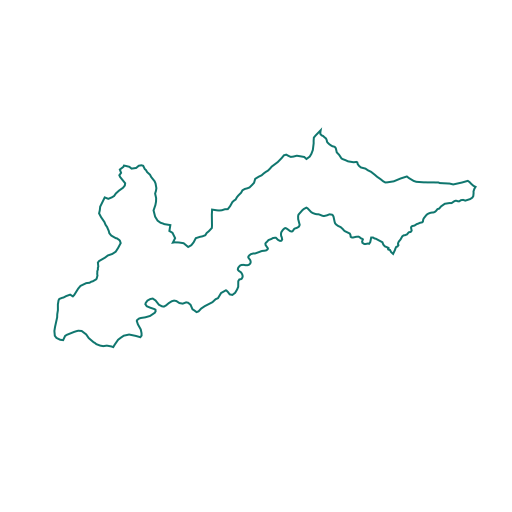 Dala, Chhukha, Bhutan (orthographic projection), rotated 119°
{"feature_id": "84629894B52773490471005", "entity_name": "Dala", "entity_type": "district", "adm_level": 2, "iso_a3": "BTN", "parent_name": "Bhutan", "parent_adm1": "Chhukha", "projection": "orthographic", "projection_center": [89.612, 26.815], "detail": "fine", "context": "isolated", "style": "outline", "palette": "teal", "viewbox_px": 512, "rotation_deg": 119, "n_neighbors": 0, "source": "geoboundaries", "source_scale": "gbopen_adm2", "svg_char_len": 6143}
<svg xmlns="http://www.w3.org/2000/svg" viewBox="0 0 512 512"><g transform="rotate(119 256 256)"><path d="M89.1,97.5L89.2,99.8L88.6,102.6L87.8,105.1L87.6,107.2L91.9,111.5L97.8,118.2L98.8,121.8L103.1,130.6L103.3,132.2L110.2,144.9L113.4,151.8L113.9,154.5L113.7,160.1L113.3,162.6L118.1,167.1L123.9,171.7L128.1,177.1L129.0,178.6L129.0,181.0L128.4,184.4L128.0,188.5L127.4,191.3L126.6,196.2L126.8,199.7L126.5,202.6L127.7,207.2L127.2,209.7L126.3,211.6L125.0,212.8L125.0,213.7L126.7,216.1L128.6,221.4L128.8,224.2L129.3,227.6L129.2,228.1L129.2,228.6L127.2,232.4L126.2,235.6L123.1,238.4L122.5,239.6L122.5,240.9L122.9,242.1L123.0,243.6L122.8,244.6L122.8,245.7L122.0,248.7L121.3,249.6L120.5,250.2L119.4,251.6L119.2,252.1L119.0,253.5L118.5,255.5L118.7,257.0L118.2,258.6L117.9,259.0L116.4,259.8L114.7,260.4L121.7,262.3L124.4,262.8L127.4,261.4L129.5,260.2L135.7,257.7L139.8,257.1L143.0,257.2L146.7,258.9L146.0,261.8L147.1,265.0L148.5,268.9L151.1,271.7L152.5,273.7L152.7,276.1L152.7,278.7L154.4,280.4L157.8,281.0L163.3,282.5L170.2,285.6L172.7,286.1L175.5,286.9L177.7,288.2L180.1,289.3L182.7,290.2L185.2,292.0L188.9,294.1L192.9,293.2L195.5,293.8L199.2,294.9L201.0,296.4L202.8,298.3L205.1,299.7L207.9,299.7L211.7,300.8L213.9,301.2L216.5,301.2L218.2,302.1L220.3,302.8L225.0,302.8L228.7,303.4L230.2,305.9L232.5,308.0L233.9,310.0L234.8,311.8L236.7,316.9L241.2,314.7L250.8,309.2L252.9,308.2L257.3,309.3L259.8,310.3L262.4,310.4L264.8,312.4L266.4,314.3L269.6,317.3L274.3,317.2L277.9,317.8L281.0,319.7L279.9,325.5L281.6,330.1L283.5,333.8L284.6,335.2L279.6,335.4L276.2,340.3L276.1,343.9L270.5,345.9L272.6,351.7L272.7,353.1L273.2,355.6L272.8,359.2L270.5,363.3L265.8,367.7L260.2,368.7L256.9,369.8L253.8,371.4L250.3,374.5L247.5,375.1L245.0,376.0L241.3,379.0L239.8,380.9L237.7,386.0L236.3,388.1L235.4,391.9L234.2,393.9L233.9,395.4L231.8,398.4L232.2,400.2L233.9,402.3L237.1,403.5L239.9,407.2L239.4,410.0L240.2,413.0L240.9,415.3L242.3,415.2L246.4,417.0L248.7,414.3L251.6,414.7L252.8,413.1L255.8,405.7L258.0,404.9L260.8,405.4L265.2,407.5L269.3,408.9L272.3,409.2L274.6,410.5L277.6,412.9L278.1,416.7L288.4,416.2L291.7,414.8L294.8,413.9L297.1,410.4L299.8,405.0L301.6,402.8L302.9,400.2L303.9,399.0L305.4,397.0L307.2,395.3L308.3,392.5L308.4,387.2L308.0,386.4L308.3,383.3L308.6,382.5L310.3,380.6L315.9,380.5L320.3,380.8L323.9,382.7L327.3,385.8L330.7,387.3L336.5,390.8L338.4,391.1L341.7,388.8L343.2,388.5L344.2,387.8L346.3,387.4L347.7,386.6L348.7,386.2L349.9,385.2L353.1,384.4L353.9,384.5L357.3,386.5L358.3,387.6L360.1,388.6L362.0,391.3L367.2,395.0L370.7,395.7L378.3,396.1L380.1,396.6L379.9,399.8L383.1,402.6L385.6,404.2L386.6,405.3L388.9,407.2L390.5,407.2L394.4,405.8L399.4,403.0L403.3,401.6L406.0,400.2L415.4,397.4L419.3,396.0L423.3,393.3L424.4,390.8L424.2,386.7L423.1,383.9L418.4,384.2L416.6,383.2L410.6,378.3L408.9,376.7L407.5,375.2L406.1,372.1L406.9,366.5L408.9,362.5L410.2,356.1L410.1,355.1L410.5,352.9L409.9,348.8L408.9,345.9L406.7,343.0L405.2,338.6L404.9,336.7L401.9,336.6L396.1,336.0L392.7,334.5L389.8,333.0L386.2,328.9L384.2,322.5L383.1,317.8L381.1,317.5L379.0,318.7L376.1,321.2L373.0,326.2L370.6,328.8L369.6,328.9L367.3,327.9L366.0,326.6L363.4,323.2L359.8,319.6L354.7,317.0L353.0,317.0L351.7,317.9L351.7,319.2L352.5,323.5L352.9,327.2L351.8,329.4L350.5,329.7L347.6,329.3L344.9,327.6L343.3,325.7L343.6,322.3L345.7,317.3L345.6,313.8L344.9,312.0L342.8,310.7L339.6,309.5L336.5,307.8L334.7,306.0L334.0,303.8L334.3,300.2L333.2,297.0L330.4,294.6L329.8,292.7L330.4,289.6L333.4,285.7L333.5,283.6L333.9,280.8L332.3,279.4L328.6,278.5L324.7,276.5L317.5,271.7L313.4,270.4L311.3,268.8L305.3,268.6L300.6,265.7L300.5,265.2L301.1,263.1L302.3,260.4L301.5,257.8L298.3,256.4L294.4,256.3L291.6,256.6L286.6,259.3L284.6,259.2L283.5,257.9L282.8,257.5L281.4,257.5L280.5,257.7L279.7,258.2L278.7,259.2L277.7,260.9L277.5,261.7L277.4,263.5L277.1,264.6L276.7,265.3L275.4,265.8L274.4,265.8L272.8,265.5L271.9,265.2L270.8,264.3L269.7,262.4L269.1,260.6L268.1,258.9L267.2,258.0L266.1,257.6L265.4,257.4L264.6,257.5L263.9,257.7L263.0,258.4L262.2,259.4L261.4,261.4L260.8,262.2L260.1,262.4L258.8,262.2L256.9,261.4L255.0,259.5L254.6,258.6L254.0,257.8L250.8,255.0L249.2,253.7L248.4,252.8L247.1,250.9L246.0,249.7L244.8,249.2L243.9,249.1L243.4,249.6L241.8,252.9L240.6,253.8L239.7,253.8L238.3,253.3L236.0,252.8L233.5,250.7L232.2,250.0L230.7,248.1L230.4,247.4L231.2,244.7L231.2,242.6L230.8,241.7L230.3,241.2L228.9,241.1L227.1,242.6L226.3,243.7L224.7,244.8L223.0,245.4L220.5,245.2L219.2,244.9L217.9,244.4L217.2,243.6L217.2,241.8L217.7,238.3L217.4,236.9L217.0,236.3L216.5,236.0L213.7,235.7L213.2,235.4L211.7,234.0L210.0,232.9L209.2,232.7L207.6,232.9L203.3,237.0L200.7,238.5L199.2,238.9L193.3,237.6L191.6,236.9L189.3,235.4L189.3,234.0L190.8,229.2L190.9,228.3L190.9,227.1L190.5,224.6L190.1,223.3L189.2,221.5L188.9,219.9L188.7,217.9L188.4,216.6L188.1,215.9L186.0,213.6L185.1,212.9L183.9,211.9L183.0,209.5L183.1,208.7L183.7,207.7L184.2,207.1L188.0,203.8L189.1,202.6L189.6,201.2L189.9,198.9L189.7,195.9L190.4,193.0L191.0,191.5L191.2,190.4L190.9,184.9L191.8,183.6L193.3,182.5L193.4,181.5L192.9,180.2L190.7,177.8L189.4,175.8L189.3,174.6L189.7,172.9L189.5,172.0L189.6,170.6L191.9,170.2L192.9,169.3L193.0,167.2L192.7,166.4L190.8,164.1L190.5,163.0L188.5,162.8L184.0,164.2L183.1,162.6L183.2,160.8L182.8,159.6L182.7,152.1L184.3,150.2L185.1,148.0L184.7,144.6L184.8,143.9L185.8,144.0L186.2,143.4L185.8,141.7L187.0,139.9L187.7,137.1L182.9,137.4L182.5,137.6L180.5,137.8L179.9,137.7L179.2,136.9L177.4,136.7L176.8,137.6L176.3,137.8L175.5,138.0L174.1,138.1L171.5,137.6L167.9,137.6L166.4,136.9L165.6,135.8L163.9,134.4L161.7,134.0L161.0,133.7L160.1,132.5L159.3,132.2L158.3,132.2L156.1,134.1L155.4,134.3L154.5,134.1L154.0,133.8L152.9,132.5L152.5,132.1L150.2,130.9L148.9,129.7L147.6,128.8L146.0,127.0L145.0,126.7L143.4,127.3L142.5,127.5L141.5,127.5L137.8,126.9L136.3,126.4L135.1,125.6L133.9,124.6L133.0,123.6L131.8,121.8L130.8,121.0L129.3,120.4L127.0,120.0L125.8,118.8L122.9,118.2L118.8,116.2L116.0,112.6L114.9,110.6L111.9,109.1L110.9,108.2L110.5,107.4L110.3,106.1L109.8,104.9L107.7,103.7L106.5,102.0L106.1,99.8L102.4,96.3L100.1,95.1L98.3,95.0L95.7,96.1L94.0,97.1L91.3,97.6L89.1,97.5Z" fill="none" stroke="#0f766e" stroke-width="2"/></g></svg>